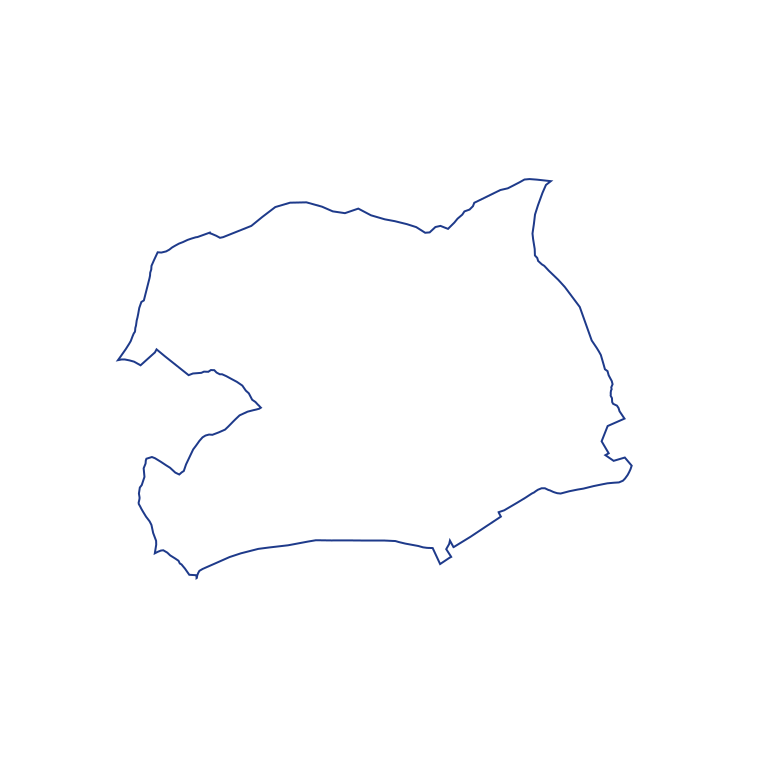 the district of San Martín Totoltepec, Puebla, Mexico, rotated 23°
{"feature_id": "50627088B50447726374010", "entity_name": "San Martín Totoltepec", "entity_type": "district", "adm_level": 2, "iso_a3": "MEX", "parent_name": "Mexico", "parent_adm1": "Puebla", "projection": "mercator", "projection_center": [-98.357, 18.658], "detail": "fine", "context": "isolated", "style": "outline", "palette": "blue", "viewbox_px": 768, "rotation_deg": 23, "n_neighbors": 0, "source": "geoboundaries", "source_scale": "gbopen_adm2", "svg_char_len": 3765}
<svg xmlns="http://www.w3.org/2000/svg" viewBox="0 0 768 768"><g transform="rotate(23 384 384)"><path d="M287.5,635.6L286.9,633.4L286.8,630.6L287.1,628.1L289.4,625.0L299.2,614.6L309.5,603.6L318.4,595.8L332.7,584.9L341.9,579.5L358.8,569.9L375.8,558.6L382.4,554.4L396.6,548.6L411.3,542.3L425.3,536.5L445.1,528.1L455.9,524.1L459.3,523.7L465.9,522.6L478.9,519.7L483.7,519.1L487.7,518.0L492.9,516.0L506.0,527.8L512.1,518.5L513.4,516.9L513.0,516.6L505.8,511.7L506.5,505.9L505.9,502.4L511.7,507.0L512.0,506.7L522.7,491.7L523.0,491.3L523.2,491.0L533.4,475.5L533.6,475.2L543.4,460.4L539.9,457.6L539.6,457.2L541.3,455.7L544.0,453.3L548.4,447.4L553.0,441.2L554.8,438.7L558.7,433.3L561.3,429.4L563.0,426.9L564.5,425.2L565.4,423.6L567.0,421.2L569.8,418.4L572.8,417.1L576.7,417.3L578.3,417.1L582.0,417.2L583.6,417.1L586.2,416.8L589.4,415.8L596.5,410.3L603.5,405.5L608.4,402.4L616.8,396.1L621.3,393.0L624.5,390.8L628.5,388.1L634.3,385.0L638.7,382.8L641.7,379.7L642.8,376.9L643.8,372.6L644.1,369.3L644.2,366.2L643.9,362.4L634.4,357.6L625.4,365.0L615.6,363.0L617.9,360.0L606.7,351.7L606.3,335.3L618.9,321.9L611.5,317.1L609.3,314.5L606.9,312.9L604.5,312.8L602.6,312.7L601.1,311.5L600.4,310.1L599.4,308.0L597.2,306.2L596.6,304.4L596.2,303.8L595.5,301.3L595.6,299.9L594.5,298.3L594.5,294.9L592.5,292.3L587.4,288.2L584.7,284.8L581.6,284.1L578.9,280.7L572.3,272.6L569.1,270.1L565.9,267.8L558.2,262.8L534.1,236.6L512.6,224.1L503.7,220.0L491.4,215.3L485.3,212.6L482.6,212.2L477.8,210.5L475.8,208.1L472.7,206.7L470.0,200.9L464.6,192.3L461.9,187.5L459.5,178.3L456.8,169.0L455.9,159.4L455.2,146.1L455.3,137.5L458.3,132.1L445.0,136.1L437.9,138.5L433.4,140.9L430.0,145.3L425.2,151.1L421.5,155.5L415.3,160.0L396.3,181.9L396.4,185.6L394.6,190.0L390.6,193.7L389.9,197.5L387.1,203.1L385.7,207.9L382.3,216.2L374.2,216.4L370.0,219.4L366.8,226.6L362.8,228.7L352.4,227.0L342.7,227.9L330.3,229.9L320.4,232.1L306.1,233.8L291.8,232.6L281.3,242.0L269.4,245.1L257.6,245.0L241.6,247.1L226.7,253.8L214.8,263.6L206.7,277.8L200.1,290.3L178.5,311.7L175.9,313.5L171.5,313.1L165.7,313.1L165.3,313.3L164.6,312.6L154.9,321.6L153.4,322.5L149.9,325.4L146.9,328.1L145.2,330.0L143.5,331.9L140.4,334.9L137.7,338.3L135.6,341.1L133.9,344.2L131.6,347.1L127.7,350.0L124.2,351.2L123.9,359.8L123.8,366.1L125.0,369.5L125.3,372.9L126.3,375.7L126.8,378.2L130.3,400.9L128.6,403.3L129.0,409.6L130.3,415.3L131.1,419.2L131.5,422.0L132.9,427.2L133.2,429.6L134.1,432.3L134.3,433.4L133.9,435.2L133.9,438.4L134.1,443.4L133.7,446.6L132.7,452.7L130.8,461.6L129.8,466.0L132.8,464.0L135.8,462.7L140.6,461.7L145.2,461.1L152.6,461.9L160.8,444.4L161.1,441.0L171.5,444.1L200.7,452.2L204.0,449.0L211.5,445.1L213.4,443.0L217.5,441.4L219.2,438.8L222.4,437.6L225.4,438.9L229.0,439.2L231.2,438.3L235.8,438.4L242.0,439.0L247.7,439.5L254.2,440.8L259.4,444.1L263.2,445.4L268.8,450.0L272.7,450.8L276.0,452.3L277.7,452.9L278.4,453.3L279.9,453.9L278.8,455.5L276.4,457.4L273.9,459.2L269.2,462.8L263.3,469.3L261.0,474.6L259.7,477.8L258.7,480.4L257.2,484.2L255.5,488.1L250.7,493.2L245.9,497.8L242.7,498.9L239.8,501.2L237.8,504.0L236.3,508.5L235.7,511.3L235.0,514.4L233.9,518.8L233.2,535.4L233.7,542.3L232.3,544.4L230.9,547.3L226.5,547.1L219.8,544.7L215.4,544.0L212.7,543.5L208.9,542.8L202.2,541.8L198.9,541.9L194.5,545.6L194.6,547.4L195.6,550.4L195.7,555.5L199.8,563.1L200.5,571.7L199.7,574.7L201.2,580.6L203.3,583.9L203.8,585.2L204.1,586.8L204.5,589.1L205.2,590.3L207.4,592.0L209.4,593.7L212.2,595.8L216.8,599.1L221.9,602.0L225.0,604.6L227.6,608.3L229.7,611.3L235.5,617.4L237.1,620.9L239.2,629.4L241.3,626.9L243.7,624.5L245.8,623.3L250.4,623.9L254.1,625.3L259.8,626.2L263.9,627.0L266.2,629.0L267.2,629.1L268.1,629.2L269.8,630.1L272.9,631.7L279.3,635.7L285.8,633.4L286.9,634.9L287.3,635.9L287.5,635.6Z" fill="none" stroke="#1e3a8a" stroke-width="2"/></g></svg>